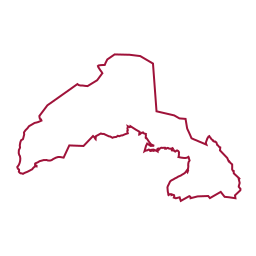 the district of San Ildefonso Villa Alta, Oaxaca, Mexico, rotated 269°
{"feature_id": "50627088B33272492236803", "entity_name": "San Ildefonso Villa Alta", "entity_type": "district", "adm_level": 2, "iso_a3": "MEX", "parent_name": "Mexico", "parent_adm1": "Oaxaca", "projection": "mercator", "projection_center": [-96.154, 17.373], "detail": "fine", "context": "isolated", "style": "outline", "palette": "rose", "viewbox_px": 256, "rotation_deg": 269, "n_neighbors": 0, "source": "geoboundaries", "source_scale": "gbopen_adm2", "svg_char_len": 5169}
<svg xmlns="http://www.w3.org/2000/svg" viewBox="0 0 256 256"><g transform="rotate(269 128 128)"><path d="M60.2,167.4L60.7,168.0L61.1,168.6L61.1,169.8L61.0,170.4L60.2,170.4L60.4,171.1L60.3,172.4L60.0,172.9L58.8,173.1L57.6,172.6L56.9,174.6L57.8,178.4L54.2,179.5L58.8,188.1L58.2,189.1L56.7,189.3L58.4,196.4L58.6,207.0L56.5,208.7L62.5,219.6L57.5,223.4L57.0,227.7L55.9,234.2L58.8,233.8L63.7,239.2L65.1,239.4L67.3,237.7L68.1,237.8L71.1,238.7L75.2,237.8L75.5,238.4L75.9,238.1L80.8,233.0L83.2,232.9L83.4,232.1L84.9,231.4L87.2,231.5L89.8,231.5L91.4,229.7L93.0,228.6L92.8,228.2L93.8,227.7L96.3,226.7L99.0,224.2L104.0,219.6L107.0,219.9L107.6,218.7L109.1,217.6L109.5,216.9L112.0,216.1L113.0,214.8L112.8,214.1L113.7,212.8L114.0,212.9L114.3,212.7L114.8,211.9L115.3,211.3L116.2,210.7L116.5,210.4L117.2,210.1L117.5,209.7L117.9,209.2L118.4,209.1L118.1,208.4L117.8,208.2L116.6,207.5L116.2,207.1L115.9,207.1L114.7,206.6L112.9,205.9L112.0,205.6L110.6,205.8L110.3,206.0L110.0,206.1L112.3,201.0L113.1,199.1L114.4,196.3L115.4,193.9L116.6,191.4L116.9,191.2L119.9,190.0L122.7,188.8L126.3,187.2L128.0,186.9L136.1,185.7L136.7,179.6L139.8,174.4L141.4,168.0L144.2,156.8L192.0,154.1L199.7,141.5L201.2,130.8L201.2,130.7L201.8,115.9L196.9,108.5L193.3,106.6L191.5,105.9L191.4,105.0L191.4,103.3L191.3,101.5L191.0,99.6L190.5,99.0L189.3,99.4L187.9,100.3L186.1,101.4L184.8,102.4L183.2,103.3L183.1,103.2L176.3,98.0L170.6,88.3L170.7,87.7L170.8,86.2L171.1,84.4L171.3,82.9L171.3,81.4L171.5,80.5L171.8,79.4L172.2,78.9L172.8,78.2L162.7,63.4L152.1,47.8L141.6,39.6L141.3,39.6L140.4,39.7L138.7,40.1L138.1,41.2L136.9,41.6L135.6,38.5L135.1,36.7L134.7,34.7L133.5,32.6L131.5,29.0L129.4,27.4L127.7,25.6L126.0,24.3L125.2,23.9L123.4,24.1L119.7,23.1L118.6,22.7L117.6,20.9L115.6,20.1L112.6,19.5L110.2,19.7L107.8,18.5L104.8,18.3L102.9,18.8L101.7,19.5L99.4,19.8L97.1,19.6L95.1,19.1L93.0,18.2L90.9,16.6L89.2,17.2L88.4,18.3L87.4,18.4L86.2,18.1L85.3,18.8L84.6,19.7L84.5,20.9L84.0,22.2L84.6,23.2L85.2,24.5L86.0,26.7L86.7,28.1L87.6,29.9L88.1,30.8L88.4,31.5L89.6,32.4L90.6,33.5L91.4,34.8L91.2,35.9L91.9,35.9L92.3,35.1L92.7,34.4L93.5,34.6L93.9,34.5L94.3,34.8L95.2,37.1L96.4,39.1L96.7,40.4L97.2,42.4L97.4,43.0L97.4,46.2L97.0,47.0L96.8,48.6L96.9,50.1L97.4,51.4L97.9,52.1L98.4,52.9L98.8,53.8L99.3,54.8L99.7,55.7L99.8,56.3L100.0,56.7L100.2,57.6L100.2,58.1L100.2,58.5L100.2,59.4L99.5,63.1L111.6,69.0L110.8,83.2L120.6,92.9L119.8,93.7L119.0,94.4L117.6,95.2L117.4,95.4L118.8,95.5L119.3,95.6L119.5,95.7L120.2,95.6L120.4,95.8L123.0,100.8L122.5,102.0L122.5,103.8L121.8,105.1L120.0,108.8L119.8,110.1L118.5,112.3L119.0,113.5L119.3,116.2L120.4,117.7L119.9,119.0L120.5,120.6L120.7,121.3L120.7,122.3L121.7,124.6L122.3,126.4L122.7,127.7L123.9,127.4L125.0,127.2L125.5,127.6L125.9,127.8L126.2,127.7L127.0,127.5L127.3,127.4L128.1,127.5L128.6,127.8L129.1,128.0L129.8,127.8L128.8,129.6L129.0,130.2L129.8,130.4L126.2,135.8L124.0,139.5L121.3,139.1L121.4,139.5L122.8,141.2L123.2,142.3L123.3,142.9L122.6,143.2L121.7,145.8L121.0,145.6L120.3,145.8L118.9,145.6L117.9,145.5L117.5,145.8L117.6,146.3L117.1,146.6L116.3,147.2L113.6,148.9L111.2,150.8L109.8,153.8L109.7,150.3L112.1,146.9L109.8,145.7L104.5,144.1L104.8,144.6L105.0,145.0L105.3,146.1L105.2,146.4L105.4,147.0L105.7,147.6L106.0,148.1L106.1,148.5L105.8,149.0L105.2,149.5L104.6,149.9L104.7,150.6L105.0,152.1L104.7,153.1L104.5,154.1L105.9,152.1L106.0,153.0L105.5,154.5L104.8,155.6L104.4,156.6L104.0,157.2L104.9,157.2L105.3,158.1L105.9,158.6L106.3,157.9L106.3,157.0L106.7,157.2L107.0,158.1L106.7,159.3L107.2,160.0L107.7,160.9L107.5,162.2L107.6,163.6L107.6,164.8L107.4,165.0L107.2,165.2L107.1,165.3L106.9,165.3L106.7,165.2L106.7,165.6L106.7,165.8L106.7,166.1L106.8,166.2L107.0,166.5L107.3,166.8L107.4,167.0L107.4,167.3L107.4,167.5L107.2,168.0L107.0,168.3L106.8,168.5L106.7,168.7L106.6,168.8L106.6,169.1L106.6,169.7L106.5,170.0L106.5,170.3L106.6,170.5L106.6,170.8L106.6,171.2L106.7,171.3L106.7,171.5L106.8,171.6L106.9,171.8L107.0,172.0L107.2,172.4L107.2,172.5L107.3,172.6L107.3,172.8L107.5,172.9L107.2,172.7L106.9,172.4L106.8,172.2L106.7,172.1L106.3,172.0L106.2,171.9L106.0,171.7L105.9,171.6L105.7,171.5L105.4,171.5L105.2,171.4L105.0,171.5L104.9,171.5L104.9,171.8L104.9,172.1L104.9,172.3L105.0,172.4L104.8,172.4L104.7,172.6L104.7,172.8L104.8,172.9L104.8,173.2L104.8,173.3L104.8,173.5L104.7,173.5L104.4,173.8L104.2,174.0L104.0,174.3L103.9,174.5L103.7,174.7L103.6,174.8L103.7,175.0L103.8,175.2L104.0,175.5L104.5,176.0L104.7,176.6L104.6,176.9L104.6,177.0L104.4,177.2L104.1,177.8L103.7,178.1L102.8,178.6L102.0,178.5L101.5,178.4L100.6,178.5L100.1,178.4L99.5,178.3L99.0,178.2L98.7,178.3L98.1,178.0L97.9,178.7L97.5,180.4L97.3,181.8L97.1,183.2L97.0,184.7L97.3,186.6L98.1,187.9L97.6,188.2L96.4,188.4L94.4,189.0L92.7,187.9L91.7,187.8L91.1,187.6L90.1,187.6L89.7,187.5L89.0,187.7L87.8,187.5L87.0,187.5L86.0,187.1L84.5,187.4L84.1,187.2L82.8,186.7L83.4,186.3L84.2,185.8L83.9,185.6L83.0,184.9L81.9,183.9L81.0,182.4L80.3,181.1L79.5,179.9L79.0,178.6L78.6,177.5L77.9,176.4L77.4,175.5L76.8,174.1L75.9,172.6L75.3,171.4L74.9,170.5L74.2,169.6L73.7,169.1L72.5,168.5L71.2,167.9L69.4,166.9L68.0,166.4L66.4,166.5L65.0,166.6L63.5,166.7L62.5,167.0L61.4,167.1L60.4,167.2L60.2,167.4Z" fill="none" stroke="#9f1239" stroke-width="2"/></g></svg>